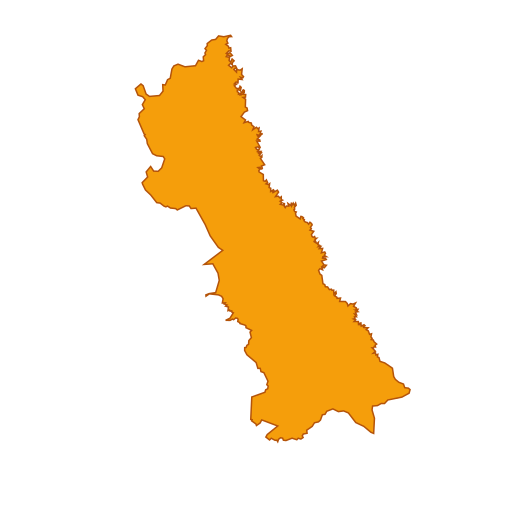 outline of Jericho & Al Aghwar, West Bank, Palestine, rotated 332°
{"feature_id": "87354302B18647900198549", "entity_name": "Jericho & Al Aghwar", "entity_type": "district", "adm_level": 2, "iso_a3": "PSE", "parent_name": "Palestine", "parent_adm1": "West Bank", "projection": "robinson", "projection_center": [35.498, 31.968], "detail": "fine", "context": "isolated", "style": "filled", "palette": "amber", "viewbox_px": 512, "rotation_deg": 332, "n_neighbors": 0, "source": "geoboundaries", "source_scale": "gbopen_adm2", "svg_char_len": 6066}
<svg xmlns="http://www.w3.org/2000/svg" viewBox="0 0 512 512"><g transform="rotate(332 256 256)"><path d="M337.2,49.2L330.5,47.3L326.3,44.1L322.0,45.8L318.3,44.5L312.6,45.5L311.8,47.4L308.3,49.0L308.9,51.1L306.2,52.8L306.0,54.5L302.9,55.4L301.4,59.0L299.5,58.9L297.1,56.2L291.9,59.6L282.1,55.6L277.2,50.0L272.7,49.6L269.6,51.4L263.7,58.8L260.7,58.8L256.2,62.4L254.1,60.9L251.3,66.8L246.1,69.0L236.9,65.1L235.0,61.4L236.3,52.7L235.2,50.1L228.0,51.7L227.3,58.6L230.7,62.1L231.6,66.0L226.7,69.0L226.5,73.5L219.7,75.4L218.4,78.3L215.8,80.2L214.5,95.8L215.1,96.7L213.8,97.3L214.3,101.6L212.8,105.8L212.7,117.1L215.3,120.8L220.8,124.6L221.0,127.4L214.1,133.9L209.4,135.3L205.5,133.0L205.0,127.5L198.5,130.2L197.4,135.4L189.9,137.8L189.6,139.3L189.4,145.8L191.7,152.7L193.4,162.3L196.2,164.3L198.2,168.8L199.5,170.3L201.3,170.4L203.0,173.5L207.3,176.4L208.1,178.4L217.7,178.7L220.6,180.5L220.9,183.6L225.5,185.6L225.9,204.3L225.0,216.7L226.8,230.7L229.3,235.4L206.3,239.1L214.2,242.6L214.4,253.3L212.1,260.3L203.2,269.4L197.0,267.2L193.5,266.8L193.0,268.0L197.0,267.5L204.6,272.7L206.7,275.4L206.9,278.3L204.2,281.7L206.8,282.9L205.4,283.4L207.4,285.6L205.6,286.0L207.7,288.1L205.6,291.1L207.3,291.3L207.2,292.5L208.8,293.1L208.4,294.5L209.3,295.5L203.8,298.7L199.0,298.5L202.9,300.7L205.5,300.6L206.3,301.7L209.0,301.2L210.3,302.3L210.5,303.5L209.1,305.3L210.4,307.2L210.1,308.1L213.7,311.7L214.3,313.0L213.5,314.6L217.2,319.6L215.0,320.4L213.6,325.9L210.0,327.3L207.9,330.5L206.0,330.6L204.3,332.1L203.0,331.6L201.6,334.1L201.6,338.9L206.1,350.1L204.9,356.1L207.0,357.2L206.1,360.4L208.2,362.7L207.8,372.2L205.1,374.7L205.7,376.6L204.0,378.7L201.7,378.7L199.9,380.5L186.1,378.5L174.6,397.9L175.7,398.7L174.8,399.6L177.1,404.3L176.8,405.9L181.2,405.4L184.1,403.4L195.4,416.3L182.1,418.9L179.7,420.5L181.6,424.8L183.9,424.1L186.3,427.7L187.9,428.4L188.0,430.2L189.9,428.4L192.4,428.0L194.0,429.4L193.7,431.5L195.8,433.0L202.3,433.8L205.8,437.4L207.7,436.7L209.7,438.7L212.4,438.4L212.4,436.5L214.2,435.4L217.9,436.5L219.0,433.6L225.7,432.8L229.3,430.7L233.3,431.8L235.9,431.1L240.1,427.3L242.6,428.2L245.6,426.3L252.1,427.1L255.7,432.1L260.6,433.9L263.9,437.9L265.9,449.9L271.2,457.0L274.7,465.6L276.6,467.9L284.4,454.9L286.2,446.4L288.5,443.2L293.0,445.1L297.3,445.0L300.2,446.6L304.8,445.0L318.6,449.1L326.8,449.0L329.3,446.3L328.5,444.2L325.5,442.1L326.1,438.3L322.8,434.5L321.1,430.3L321.0,427.1L323.8,419.1L319.5,410.9L316.0,407.2L316.9,403.4L315.8,402.1L317.4,400.0L315.4,399.7L316.0,397.7L313.9,396.9L316.7,396.2L315.4,391.6L316.8,392.3L318.0,391.4L318.8,392.4L319.4,390.6L321.2,390.4L319.9,387.0L320.2,385.3L318.5,383.9L319.9,383.2L319.5,381.4L321.5,378.9L319.5,378.5L320.0,374.8L318.7,372.8L321.3,372.0L317.5,369.7L317.6,368.8L319.5,368.7L319.1,367.4L316.0,367.3L317.2,364.3L316.0,364.1L316.1,365.6L314.3,364.7L315.6,361.9L311.8,359.9L314.0,359.1L312.6,357.4L314.0,357.7L314.4,355.9L316.2,356.8L315.8,353.6L317.2,355.0L317.4,352.2L319.8,353.0L318.4,350.5L320.2,351.5L321.1,350.9L319.4,349.9L320.2,348.8L318.5,346.3L321.8,344.2L319.1,344.0L317.1,342.4L313.7,343.3L314.3,340.8L313.6,338.2L308.5,335.4L310.9,332.8L307.7,331.5L308.1,330.5L306.7,328.0L309.2,326.9L309.8,325.1L306.9,326.1L308.6,322.6L307.0,322.0L307.0,320.7L305.0,320.1L304.7,316.9L302.8,315.7L303.3,313.5L302.1,311.9L305.0,304.0L304.0,301.9L304.5,298.1L306.5,297.2L308.3,299.4L308.8,296.4L310.8,296.0L309.7,297.6L310.7,298.5L313.8,297.2L311.9,295.8L311.4,291.2L316.4,292.1L316.2,290.7L313.7,289.1L314.7,288.0L317.8,289.6L316.6,287.5L318.6,286.3L318.6,284.7L315.2,283.9L318.4,280.6L315.3,279.2L317.7,278.0L315.4,277.0L317.2,276.5L316.0,275.0L317.5,273.2L315.8,273.7L313.7,270.0L315.5,271.2L315.5,269.4L317.7,268.8L316.6,268.4L316.9,266.3L315.3,266.4L314.6,265.0L315.1,263.0L318.6,261.3L315.8,258.5L317.7,257.8L317.5,256.2L320.2,254.9L320.3,253.4L319.5,251.5L317.4,252.6L317.0,250.5L315.5,249.2L314.9,247.3L315.8,246.6L314.9,245.0L315.9,244.4L315.0,242.7L314.2,242.1L312.4,244.0L310.1,239.6L310.9,236.9L312.2,236.0L311.0,234.9L311.1,233.0L312.2,232.8L312.6,231.2L315.3,230.1L315.8,227.9L313.6,229.3L313.7,226.8L311.1,228.5L312.3,225.4L310.5,227.9L308.9,224.6L308.3,227.3L306.2,226.1L304.5,227.0L304.3,225.4L305.7,223.1L305.0,222.5L304.9,223.7L303.9,223.8L301.7,221.7L304.0,221.2L303.0,219.0L305.6,219.1L304.8,218.1L306.1,215.6L304.4,215.9L303.7,213.6L301.1,212.7L305.9,210.2L305.8,207.9L300.7,208.0L300.8,206.8L302.6,207.0L302.5,205.7L299.2,205.9L300.8,203.1L299.7,201.7L302.0,198.5L300.4,198.7L298.7,197.0L300.7,196.7L300.9,193.7L299.2,194.4L297.9,193.0L300.7,187.5L298.2,183.2L298.5,182.0L300.2,181.3L299.2,178.8L301.3,179.6L301.0,181.2L301.9,181.9L302.8,181.5L303.1,179.1L306.5,179.5L305.7,171.9L307.5,171.6L308.3,170.2L307.1,170.7L306.1,168.7L310.2,166.9L306.7,167.0L306.4,166.0L308.8,165.6L306.5,164.4L308.6,163.4L306.6,162.2L306.5,160.0L308.9,160.5L309.7,162.5L310.7,162.0L310.6,154.8L313.4,156.5L313.8,155.3L311.9,153.3L315.4,152.2L313.7,150.8L313.9,149.4L316.4,151.6L319.3,151.0L316.7,150.2L319.0,148.1L316.7,147.3L318.8,144.4L317.4,144.5L316.8,142.5L312.5,143.0L314.9,141.0L313.7,138.3L314.3,136.4L312.2,134.5L312.3,133.5L308.0,132.7L310.6,131.0L308.2,125.9L313.3,123.5L316.8,123.7L317.6,121.1L316.5,119.5L320.4,112.7L319.0,109.9L321.3,110.8L322.7,108.6L320.0,106.9L322.4,106.1L323.4,104.4L322.9,103.4L322.0,103.5L321.5,105.6L319.9,104.0L318.6,106.7L317.6,106.3L318.7,105.3L316.5,104.9L317.4,103.6L316.6,102.2L317.2,101.0L318.7,101.0L319.8,102.7L322.1,100.1L321.6,98.6L320.2,100.1L317.5,99.1L316.8,95.5L319.7,95.1L317.7,93.8L320.1,93.0L321.6,94.3L323.3,91.4L326.5,93.6L326.2,90.8L327.9,92.5L329.2,91.8L328.5,88.9L331.7,84.2L329.3,84.5L326.4,82.3L325.1,84.5L324.0,80.9L325.4,80.3L327.1,81.4L327.2,78.5L325.1,77.5L322.9,78.4L321.3,74.7L324.0,74.0L324.8,76.1L325.9,74.2L328.3,73.4L327.4,70.8L324.7,72.9L324.0,70.8L325.9,68.2L323.3,66.0L325.2,65.0L327.3,67.8L329.3,67.8L328.5,64.3L325.4,64.2L324.8,63.2L328.3,62.1L330.1,63.4L331.4,60.2L329.7,59.7L330.1,57.9L328.7,54.9L331.1,54.9L331.2,52.3L333.1,50.4L335.4,49.8L337.4,50.8L337.2,49.2Z" fill="#f59e0b" stroke="#b45309" stroke-width="1.5"/></g></svg>